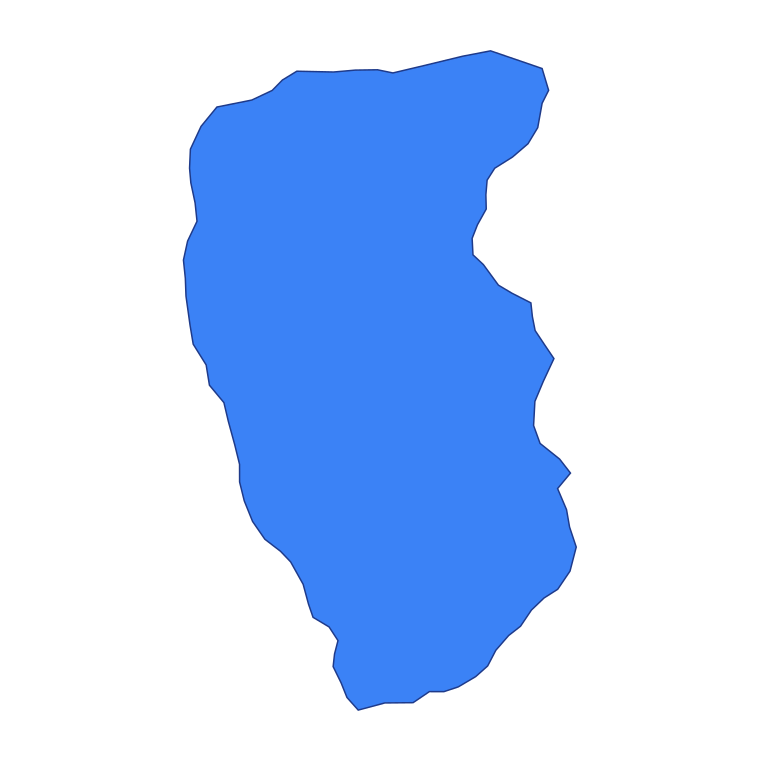 outline of Vista Alegre do Alto, São Paulo, Brazil, rotated 265°
{"feature_id": "56859067B18331091082642", "entity_name": "Vista Alegre do Alto", "entity_type": "district", "adm_level": 2, "iso_a3": "BRA", "parent_name": "Brazil", "parent_adm1": "São Paulo", "projection": "robinson", "projection_center": [-48.654, -21.177], "detail": "fine", "context": "isolated", "style": "filled", "palette": "blue", "viewbox_px": 768, "rotation_deg": 265, "n_neighbors": 0, "source": "geoboundaries", "source_scale": "gbopen_adm2", "svg_char_len": 1265}
<svg xmlns="http://www.w3.org/2000/svg" viewBox="0 0 768 768"><g transform="rotate(265 384 384)"><path d="M164.4,539.2L181.4,553.0L204.8,561.3L225.3,556.4L242.9,554.9L264.7,547.8L279.0,562.0L293.9,552.4L311.2,534.3L329.6,529.4L353.5,532.8L372.7,542.9L394.5,555.5L408.9,547.5L424.1,539.2L438.2,537.7L452.0,537.4L463.4,519.2L472.5,506.6L494.3,493.4L504.9,483.9L521.4,484.5L534.5,491.0L549.4,501.1L563.7,502.0L578.1,504.5L589.3,513.1L598.9,531.8L610.8,548.4L626.0,559.5L649.9,566.0L662.2,573.6L684.5,569.0L706.6,519.2L703.7,491.0L697.0,446.7L693.1,420.0L697.6,404.9L699.2,382.8L699.2,360.9L703.2,324.4L695.7,309.3L686.2,298.2L678.4,277.0L674.5,241.7L656.6,224.2L634.8,211.6L615.9,209.1L601.3,209.1L580.8,211.6L562.4,211.9L543.5,200.8L524.9,195.0L506.6,195.3L488.7,194.4L459.5,195.9L440.3,197.4L418.5,208.5L398.0,210.0L379.4,222.9L360.2,225.7L336.5,230.0L316.6,233.1L299.0,231.6L279.8,234.6L258.5,241.1L239.7,251.8L226.4,266.3L214.9,275.5L191.5,286.0L171.3,289.6L157.7,293.0L146.8,308.1L132.4,315.8L119.4,311.2L106.9,308.7L90.1,315.2L74.9,319.8L61.4,329.9L66.2,357.0L64.0,385.2L73.6,402.4L72.3,416.9L75.8,431.6L84.5,449.8L94.1,462.7L109.0,472.2L122.6,486.3L130.8,498.9L146.0,511.2L156.9,524.8L164.4,539.2Z" fill="#3b82f6" stroke="#1e3a8a" stroke-width="1.5"/></g></svg>